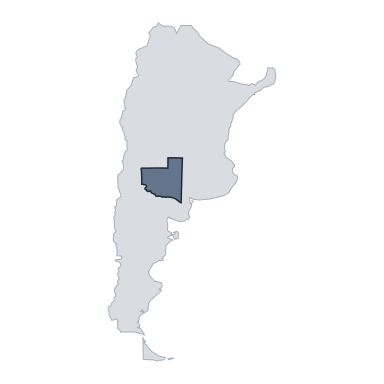 location of La Pampa within Argentina
{"feature_id": "ARG-1296", "entity_name": "La Pampa", "entity_type": "Province", "adm_level": 1, "iso_a3": "ARG", "parent_name": "Argentina", "parent_adm1": "", "projection": "albers", "projection_center": [-66.048, -37.163], "detail": "fine", "context": "in_parent", "style": "filled", "palette": "slate", "viewbox_px": 384, "rotation_deg": 0, "n_neighbors": 0, "source": "natural_earth", "source_scale": "10m", "svg_char_len": 5362}
<svg xmlns="http://www.w3.org/2000/svg" viewBox="0 0 384 384"><path d="M235.6,111.5L232.9,115.4L233.2,118.2L230.5,124.6L230.9,125.9L228.9,128.9L229.2,132.2L228.1,135.4L228.2,139.5L227.4,140.7L225.9,140.9L224.3,146.5L225.2,152.0L224.0,153.0L225.7,157.1L231.7,161.1L234.5,164.9L234.5,166.4L232.6,168.5L232.3,170.3L233.0,172.9L234.4,174.6L237.3,175.9L237.3,179.4L236.6,181.7L230.4,189.3L228.8,192.7L223.4,195.8L209.8,199.0L199.5,200.0L193.6,199.4L189.7,197.5L189.9,202.1L191.7,203.5L190.7,203.6L191.5,204.4L190.9,208.2L189.7,208.8L188.6,211.9L188.6,214.6L189.7,216.9L188.4,219.1L183.9,221.2L178.8,221.5L169.2,217.8L169.6,217.2L169.1,217.0L167.5,217.7L166.8,220.8L167.8,225.5L167.5,229.7L168.0,231.0L171.4,232.6L171.2,234.3L172.3,234.5L174.8,234.2L175.1,232.8L173.8,232.3L177.2,231.3L178.4,233.1L178.4,237.3L177.8,238.4L175.2,239.2L174.4,238.9L173.0,235.9L171.8,235.3L168.1,236.8L167.6,237.8L173.0,240.0L169.0,242.2L165.8,246.1L165.7,253.4L165.0,255.4L162.8,257.3L162.4,258.6L163.2,259.4L162.9,260.8L158.8,260.3L155.9,262.6L153.3,263.4L148.6,271.5L149.3,275.5L154.6,281.2L161.2,282.7L162.1,284.6L161.8,286.9L161.0,288.2L158.6,289.5L160.7,289.5L161.5,290.6L150.0,300.9L148.5,303.9L148.0,310.0L147.1,311.3L144.8,312.6L143.2,311.3L141.9,309.1L142.0,311.0L139.8,311.7L142.4,311.7L143.7,313.1L140.2,315.5L139.2,317.5L138.9,320.3L137.6,322.0L138.6,321.6L139.7,327.1L137.0,327.6L140.4,328.4L144.4,334.5L144.1,335.0L143.9,334.3L133.9,331.9L120.6,332.1L120.6,331.3L117.4,328.1L117.9,325.7L117.3,323.7L117.9,321.8L117.3,319.6L116.1,318.9L111.8,320.5L109.0,314.6L109.0,311.3L108.1,309.2L108.6,306.5L110.9,306.2L111.4,303.2L114.1,300.8L114.0,298.1L115.6,296.4L116.0,295.0L114.2,291.5L115.1,287.6L118.1,284.4L117.6,280.7L119.2,278.8L117.6,273.8L119.3,271.6L118.3,270.5L118.2,267.9L119.9,267.1L120.9,264.2L118.9,261.7L115.6,261.1L115.4,259.8L121.3,259.3L121.9,257.2L121.5,256.0L116.9,255.7L116.8,252.9L117.7,251.0L116.7,249.3L116.9,247.6L115.6,245.1L116.7,243.9L113.6,241.6L113.3,237.4L113.9,236.3L113.4,234.0L116.0,231.7L114.5,227.7L114.3,219.9L113.7,217.9L115.3,214.6L114.3,212.5L115.5,210.9L114.7,206.9L116.2,206.5L116.9,199.5L120.4,197.3L121.1,195.9L118.1,187.4L118.2,184.1L117.6,182.6L118.1,180.6L117.4,177.9L118.3,174.5L120.8,173.0L121.0,171.9L123.5,169.5L123.2,163.9L121.9,161.1L123.2,160.1L123.8,155.7L125.7,151.2L127.3,150.3L126.8,145.3L127.2,140.6L124.9,139.9L125.3,136.6L124.5,135.8L123.9,132.4L122.2,129.4L122.0,128.1L122.9,127.2L121.1,126.0L119.8,123.3L119.9,120.7L120.2,119.0L122.0,117.6L121.6,116.4L122.9,111.0L124.8,110.6L125.8,108.7L124.7,107.8L124.8,104.6L123.7,100.1L125.5,97.7L126.7,90.6L131.0,85.5L133.8,77.5L136.2,77.3L138.7,75.5L136.0,70.5L137.6,67.2L135.6,60.5L136.1,58.0L137.6,56.5L135.8,53.9L136.3,51.8L138.7,49.3L147.2,45.6L150.5,35.1L148.6,33.3L153.3,27.2L156.7,26.2L158.2,23.0L162.6,26.0L170.2,26.2L174.0,27.4L176.7,33.5L180.8,25.5L191.4,25.5L193.5,28.5L197.4,31.9L200.0,36.5L208.3,44.0L219.1,48.0L225.6,53.2L233.1,57.8L236.9,59.0L239.6,62.1L240.1,64.3L238.3,65.7L236.7,68.8L234.5,70.3L233.5,72.3L233.4,74.8L229.0,79.6L229.0,81.5L233.0,81.4L242.6,84.3L247.3,84.7L248.8,85.7L251.5,83.6L255.6,85.0L258.7,81.2L261.5,80.7L264.7,78.2L266.5,74.9L268.0,67.6L269.5,68.3L272.4,67.6L274.7,69.4L275.9,75.9L274.7,81.8L273.3,84.1L270.2,85.1L268.4,86.6L263.6,87.3L260.7,90.2L254.6,93.0L254.8,94.8L252.9,94.5L242.1,106.0L235.6,111.5ZM143.3,359.5L142.9,337.9L145.6,342.1L144.3,341.9L144.0,343.9L146.1,344.3L147.2,346.8L151.9,351.5L158.7,356.1L165.4,357.5L163.5,359.8L156.9,361.0L153.0,359.8L143.3,359.5ZM168.0,359.0L170.1,358.2L174.0,358.1L168.8,359.8L168.0,359.0ZM193.0,201.1L192.9,202.1L191.5,200.6L193.0,201.1Z" fill="#d9dde1" stroke="#a8b0b8" stroke-width="1"/><path d="M167.8,168.1L167.9,166.5L168.0,157.8L173.1,157.8L177.5,157.9L182.4,158.0L182.3,160.8L182.2,163.2L182.1,167.8L182.1,168.2L181.9,172.5L181.9,174.8L181.8,177.1L181.7,181.6L181.6,186.3L181.6,186.7L181.4,191.8L181.3,197.5L181.1,202.7L180.4,202.6L180.1,202.4L179.9,202.2L178.8,201.4L178.6,201.3L178.4,201.1L178.2,200.8L178.1,200.6L177.7,200.4L177.2,200.2L176.3,199.3L176.2,199.2L175.8,199.1L175.7,199.0L175.1,198.6L172.5,197.6L172.0,197.6L169.7,197.1L169.3,197.1L168.7,197.2L167.4,197.0L166.2,197.2L165.8,197.2L165.4,197.3L165.2,197.3L164.9,197.1L164.2,196.8L163.8,196.7L163.5,196.7L163.4,196.8L163.2,196.9L163.1,197.0L162.9,197.1L162.7,197.1L162.5,196.9L162.4,196.9L162.0,196.9L161.8,196.8L161.7,196.7L161.3,196.6L161.0,196.5L160.8,196.5L160.6,196.4L158.5,196.1L157.4,196.3L157.1,196.3L156.1,196.0L155.9,196.0L155.7,195.9L155.6,195.3L155.5,195.0L155.3,194.7L155.0,194.5L154.7,194.3L154.4,194.2L154.1,194.1L153.7,193.8L153.3,193.8L153.1,193.7L152.9,193.5L152.5,193.4L151.7,193.0L151.6,192.9L151.3,192.7L151.0,192.2L150.8,191.7L150.8,191.3L150.8,191.2L150.7,191.0L150.3,190.9L149.7,191.1L149.3,191.3L149.1,191.4L148.5,191.3L148.3,191.4L147.6,191.5L147.3,191.3L147.1,191.1L146.8,190.8L146.4,189.8L146.1,189.6L145.8,189.5L145.7,189.5L145.4,189.5L145.3,189.4L145.2,189.4L145.1,189.1L145.0,188.9L145.0,188.7L145.0,188.2L145.2,187.9L145.4,187.6L146.0,187.2L146.2,186.9L146.3,186.5L146.3,186.1L146.2,185.7L146.0,185.4L145.7,185.1L145.5,184.9L145.1,184.7L141.8,184.3L141.7,176.8L141.5,171.1L141.2,169.9L141.2,169.7L141.1,169.2L141.2,168.5L141.3,168.3L141.5,168.2L150.8,168.1L151.4,168.1L155.1,168.0L159.7,168.0L160.0,168.0L167.5,168.1L167.8,168.1Z" fill="#64748b" stroke="#1e293b" stroke-width="1.5"/></svg>